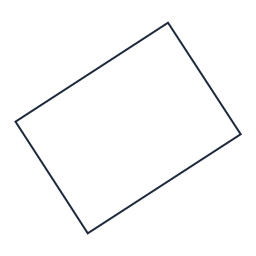 Bremer, Iowa, United States of America, rotated 327°
{"feature_id": "52423323B90792041725693", "entity_name": "Bremer", "entity_type": "district", "adm_level": 2, "iso_a3": "USA", "parent_name": "United States of America", "parent_adm1": "Iowa", "projection": "equal_earth", "projection_center": [-92.397, 42.775], "detail": "fine", "context": "isolated", "style": "outline", "palette": "slate", "viewbox_px": 256, "rotation_deg": 327, "n_neighbors": 0, "source": "geoboundaries", "source_scale": "gbopen_adm2", "svg_char_len": 232}
<svg xmlns="http://www.w3.org/2000/svg" viewBox="0 0 256 256"><g transform="rotate(327 128 128)"><path d="M36.9,194.4L219.1,194.6L218.9,61.5L37.1,61.4L37.0,150.3L36.9,194.4Z" fill="none" stroke="#1e293b" stroke-width="2"/></g></svg>